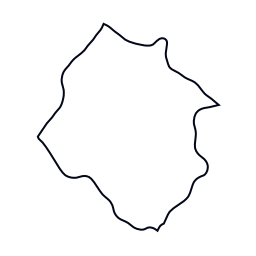 Guananico, Puerto Plata, Dominican Republic, rotated 12°
{"feature_id": "3306468B53789709824921", "entity_name": "Guananico", "entity_type": "district", "adm_level": 2, "iso_a3": "DOM", "parent_name": "Dominican Republic", "parent_adm1": "Puerto Plata", "projection": "albers", "projection_center": [-70.91, 19.688], "detail": "fine", "context": "isolated", "style": "outline", "palette": "ink", "viewbox_px": 256, "rotation_deg": 12, "n_neighbors": 0, "source": "geoboundaries", "source_scale": "gbopen_adm2", "svg_char_len": 2052}
<svg xmlns="http://www.w3.org/2000/svg" viewBox="0 0 256 256"><g transform="rotate(12 128 128)"><path d="M212.0,86.6L203.4,82.0L198.1,79.7L195.9,78.5L193.8,76.9L187.5,71.6L183.9,69.5L181.1,68.6L175.8,67.5L173.1,66.7L166.0,63.6L158.4,61.4L156.2,60.1L155.3,59.2L153.9,57.1L151.5,52.7L150.3,50.4L149.5,47.6L149.3,46.1L148.8,38.8L148.4,36.2L147.9,35.0L147.0,34.0L145.9,33.3L144.7,33.0L143.5,33.0L142.3,33.2L140.3,34.3L138.1,36.8L135.6,40.5L134.8,41.4L132.6,42.7L129.9,43.4L127.0,43.8L122.4,43.9L117.7,43.9L111.5,43.3L107.0,42.2L100.0,38.6L94.9,36.3L89.1,33.2L86.6,32.2L82.5,31.2L81.6,35.4L80.7,37.9L77.6,43.8L75.5,48.9L71.6,55.8L69.3,60.9L66.8,64.5L62.0,70.2L60.3,72.6L58.9,75.1L57.2,78.9L54.6,83.5L53.6,85.9L53.2,87.3L52.8,90.1L53.0,94.4L53.7,97.1L56.6,103.0L57.2,104.2L57.9,106.9L58.4,109.8L58.5,112.7L58.4,115.7L58.1,118.5L57.4,121.4L56.9,122.6L53.7,128.4L51.5,133.5L47.6,140.4L41.6,155.2L42.6,156.7L43.4,157.4L47.4,159.9L51.7,163.6L57.1,168.9L69.9,182.2L73.2,185.1L75.6,186.7L76.9,187.4L79.7,188.1L82.6,188.3L85.4,188.0L88.0,187.3L92.5,185.0L94.7,184.1L97.4,183.7L100.1,184.1L102.6,185.3L106.0,188.0L113.4,195.2L116.7,198.1L119.1,199.6L123.9,202.2L126.0,203.7L128.6,206.6L129.9,208.9L131.6,212.5L133.1,214.6L135.0,216.4L137.2,217.9L139.8,218.9L145.3,220.1L147.9,220.9L153.8,223.8L155.0,224.2L157.7,224.8L161.7,224.8L164.0,224.2L165.0,223.7L168.2,221.3L170.3,220.6L172.8,220.6L174.1,220.8L176.2,221.5L178.2,222.4L179.1,218.9L180.0,216.8L181.4,215.2L182.9,214.1L185.0,204.6L185.9,201.9L186.6,200.6L189.4,196.8L197.9,187.8L199.7,185.3L201.2,182.6L201.6,181.2L202.2,178.4L203.1,169.9L203.7,167.2L204.3,165.9L205.6,163.7L207.3,161.9L209.1,160.4L212.0,158.5L212.8,157.6L213.9,155.4L214.4,152.9L214.3,150.2L214.0,148.8L213.5,147.5L212.1,145.3L211.2,144.3L209.2,142.7L203.4,139.7L201.3,138.2L199.5,136.4L198.0,134.1L197.5,132.8L196.8,130.0L195.9,121.5L195.4,118.7L194.5,116.1L191.6,110.2L190.9,107.4L190.7,103.2L191.2,100.4L191.6,99.0L193.0,96.7L193.9,95.7L195.9,94.0L198.3,92.7L203.3,90.7L212.0,86.6Z" fill="none" stroke="#020617" stroke-width="2"/></g></svg>